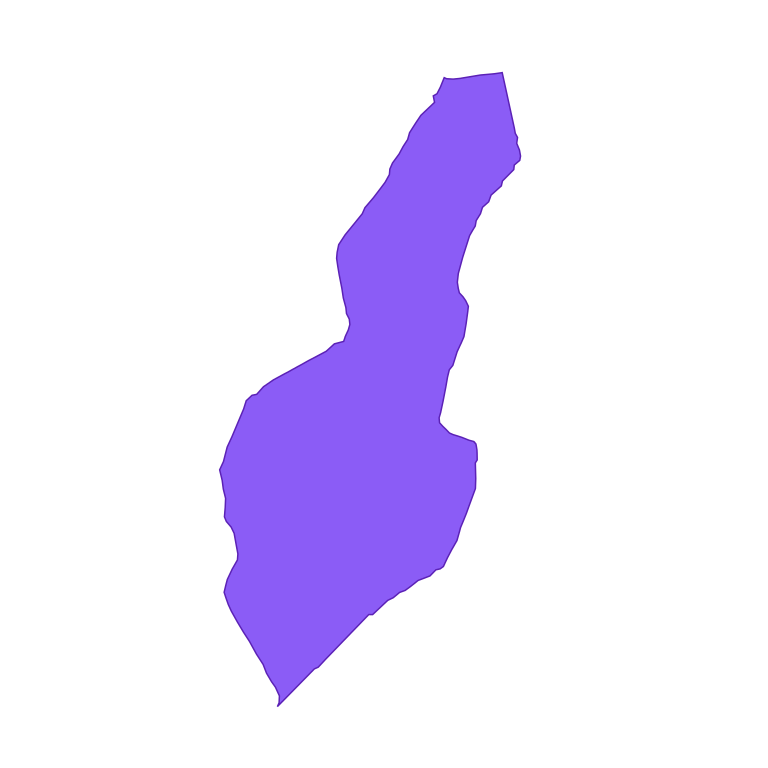 outline of Ghadeer, South Kordufan, Sudan, rotated 224°
{"feature_id": "16777658B14153516268915", "entity_name": "Ghadeer", "entity_type": "district", "adm_level": 2, "iso_a3": "SDN", "parent_name": "Sudan", "parent_adm1": "South Kordufan", "projection": "mercator", "projection_center": [31.133, 10.64], "detail": "fine", "context": "isolated", "style": "filled", "palette": "violet", "viewbox_px": 768, "rotation_deg": 224, "n_neighbors": 0, "source": "geoboundaries", "source_scale": "gbopen_adm2", "svg_char_len": 2707}
<svg xmlns="http://www.w3.org/2000/svg" viewBox="0 0 768 768"><g transform="rotate(224 384 384)"><path d="M236.6,77.9L236.2,130.7L234.6,134.6L234.8,145.4L234.8,207.6L232.0,210.2L231.7,216.7L231.0,231.0L228.9,236.7L228.0,244.9L225.4,250.2L224.2,257.2L223.0,266.4L220.4,271.9L217.6,277.9L217.6,286.4L215.2,290.0L214.5,294.0L214.6,294.3L214.9,295.1L215.1,295.8L215.7,297.4L217.3,302.1L217.6,302.9L220.2,311.8L221.4,316.6L222.8,322.1L227.3,330.5L229.2,333.9L231.9,340.8L234.9,348.2L238.5,356.2L245.3,371.6L245.7,372.4L252.3,379.7L258.0,385.3L258.5,385.8L263.5,390.7L264.2,394.1L265.7,395.6L269.0,398.9L269.1,399.0L271.3,401.1L274.1,403.2L276.2,404.7L279.2,404.9L279.5,404.9L279.4,405.0L279.5,405.0L279.6,404.9L280.2,404.6L283.8,402.6L290.9,399.7L295.4,397.5L299.1,395.6L302.9,394.2L307.9,394.4L312.4,394.4L317.1,394.7L320.9,398.0L323.3,402.6L329.6,412.7L337.4,424.7L343.1,433.1L346.9,439.6L347.4,445.2L353.8,458.0L356.4,465.4L356.8,466.7L359.4,473.6L366.8,484.4L374.0,494.2L377.3,498.5L383.2,500.7L387.7,501.6L393.1,501.9L396.9,504.3L401.9,508.1L407.3,515.1L415.4,529.8L425.5,550.2L426.9,555.7L428.1,561.0L431.2,565.6L432.9,573.5L435.9,579.5L435.3,587.8L438.2,594.3L437.2,608.0L439.8,612.3L439.6,628.4L442.4,632.0L441.7,639.2L444.1,642.8L449.1,646.4L455.7,649.3L459.2,654.1L463.7,655.5L468.0,658.6L500.7,680.4L515.3,690.1L516.0,689.1L520.3,683.6L529.3,673.2L540.5,658.1L540.7,657.8L541.0,657.4L541.2,657.1L541.7,656.5L546.0,651.4L551.0,647.1L553.5,646.2L549.7,636.8L547.5,629.6L548.7,625.5L543.3,621.7L544.1,602.9L542.5,593.9L540.2,582.6L536.8,576.3L535.2,568.1L532.9,559.9L531.4,548.9L529.1,542.7L525.6,538.4L524.9,535.8L523.3,529.8L523.0,527.4L522.7,525.0L522.4,522.6L522.1,520.0L521.9,518.5L521.9,518.4L521.0,510.6L520.2,497.6L517.9,491.4L516.7,477.7L515.6,464.4L513.4,452.8L509.2,446.2L505.4,441.5L498.8,436.4L491.9,431.3L480.7,423.5L473.0,417.6L464.5,412.5L459.9,408.6L454.1,406.6L449.9,403.1L447.2,398.0L445.2,392.2L445.0,391.8L444.9,391.3L444.6,390.8L442.6,386.6L447.6,378.4L448.3,367.4L453.3,352.1L453.7,350.9L453.8,350.6L454.6,348.2L457.3,339.2L458.3,336.1L459.1,333.3L459.8,331.2L461.4,325.8L461.6,325.2L461.8,324.7L461.9,324.3L462.0,324.1L462.1,323.7L462.2,323.4L462.4,322.9L466.4,310.2L468.8,298.3L468.4,288.1L471.1,284.2L471.5,276.3L467.6,268.5L456.8,240.6L453.0,229.7L445.6,216.7L442.6,208.1L433.5,202.3L426.6,196.8L418.5,191.7L412.3,184.7L406.5,177.6L401.9,175.6L394.6,174.9L388.1,172.5L377.7,165.0L371.1,160.3L367.2,155.6L364.6,145.4L360.9,134.5L357.8,129.0L354.3,123.1L349.0,120.3L342.8,117.2L335.9,114.5L323.9,110.9L312.4,107.8L302.0,105.4L288.1,101.1L276.1,98.3L267.7,94.4L258.0,91.7L251.5,90.5L242.6,87.0L238.0,81.8L236.6,77.9Z" fill="#8b5cf6" stroke="#5b21b6" stroke-width="1.5"/></g></svg>